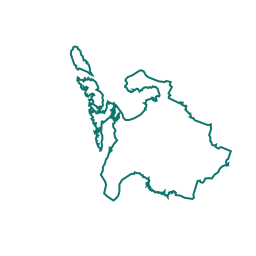 the district of Albay, Albay, Philippines, rotated 226°
{"feature_id": "2640588B82697045094820", "entity_name": "Albay", "entity_type": "district", "adm_level": 2, "iso_a3": "PHL", "parent_name": "Philippines", "parent_adm1": "Albay", "projection": "robinson", "projection_center": [123.87, 13.255], "detail": "fine", "context": "isolated", "style": "outline", "palette": "teal", "viewbox_px": 256, "rotation_deg": 226, "n_neighbors": 0, "source": "geoboundaries", "source_scale": "gbopen_adm2", "svg_char_len": 5974}
<svg xmlns="http://www.w3.org/2000/svg" viewBox="0 0 256 256"><g transform="rotate(226 128 128)"><path d="M97.5,65.4L93.7,65.5L86.0,67.1L85.7,70.3L86.1,74.0L88.4,77.8L93.4,82.7L94.8,87.7L92.7,98.5L90.7,100.6L91.4,102.1L89.0,103.2L87.4,105.0L84.5,104.9L83.8,105.8L82.3,104.8L80.8,106.0L78.6,106.3L77.8,106.8L77.7,108.0L76.6,107.0L75.5,106.9L74.7,105.6L75.3,105.2L74.9,104.3L75.5,102.9L74.7,102.3L73.9,103.6L73.2,101.5L72.7,103.3L71.2,102.0L71.1,103.0L69.7,102.8L69.8,101.4L68.6,101.9L68.2,101.0L66.8,102.4L66.3,101.6L64.4,103.1L63.0,102.6L61.6,104.7L60.8,104.5L60.4,105.5L59.9,105.2L58.4,107.1L57.7,106.3L56.7,106.8L57.1,110.3L54.8,107.8L53.6,108.0L52.9,109.0L50.8,108.6L52.4,110.1L51.9,111.8L53.1,112.7L52.2,114.5L50.1,114.0L51.5,115.2L51.3,116.7L49.7,117.4L49.3,116.6L48.2,117.4L46.6,115.8L43.1,118.6L38.4,120.3L32.2,125.1L32.0,127.0L34.5,128.5L41.5,141.1L40.2,143.3L38.7,142.5L36.8,143.7L36.8,145.8L38.0,148.4L36.1,151.0L33.5,153.1L34.3,158.1L33.5,162.2L34.6,164.6L35.1,167.9L34.2,171.3L31.9,173.9L32.5,174.0L32.1,174.3L32.6,175.0L32.6,174.2L33.1,174.8L34.1,174.1L35.5,174.9L36.5,176.9L36.0,178.3L39.9,185.9L48.9,182.0L50.1,181.0L50.2,179.1L51.2,178.4L53.6,178.0L54.8,179.7L55.4,177.9L57.6,176.7L60.3,178.3L61.6,178.1L63.7,180.5L66.6,181.5L69.3,186.7L73.1,190.1L73.6,188.6L75.2,187.2L86.6,181.7L88.5,181.4L89.7,182.0L90.4,181.1L92.9,180.3L92.8,181.3L95.0,182.8L95.4,182.1L101.4,182.0L101.5,183.2L102.5,183.6L103.0,185.0L103.9,185.1L104.5,184.0L107.5,182.9L108.2,184.7L108.9,183.7L109.5,184.1L110.2,183.5L109.9,182.3L121.2,178.1L122.4,179.4L122.0,181.1L124.7,181.2L127.1,188.1L129.8,187.8L131.5,190.6L135.3,188.1L135.5,186.3L140.4,182.4L150.9,177.7L153.6,177.5L157.8,178.6L160.0,177.8L161.2,176.3L162.9,167.8L164.6,163.6L164.7,160.8L164.1,159.2L160.8,158.6L160.2,157.4L160.3,155.1L159.2,154.3L158.3,155.0L154.4,154.0L153.0,155.3L152.1,154.8L151.2,155.6L150.8,157.4L151.4,157.9L151.0,158.7L151.6,158.6L150.4,159.6L150.3,161.4L149.2,162.3L146.2,161.6L146.1,164.2L145.4,164.6L146.2,165.7L145.7,168.1L144.3,169.7L142.5,170.5L142.5,171.9L140.7,172.8L140.8,174.7L139.5,175.1L138.7,176.3L135.8,176.6L129.7,173.6L129.1,172.4L130.8,171.2L131.0,169.7L128.0,167.7L129.1,167.0L128.3,166.9L128.2,166.4L131.1,165.4L132.1,166.4L132.5,166.3L132.4,166.2L132.5,166.1L132.1,167.0L133.2,166.5L133.2,164.5L135.3,160.6L133.7,158.0L134.5,156.9L132.0,157.4L130.3,155.4L130.4,153.8L130.0,153.3L129.9,153.9L129.2,153.5L129.8,153.2L129.2,152.0L128.8,146.5L130.5,139.6L133.0,134.3L135.5,131.8L138.5,131.8L142.2,133.7L150.8,135.0L151.4,134.2L152.1,134.6L152.1,131.4L151.7,130.9L151.5,131.6L150.4,131.2L148.2,129.4L147.4,127.2L148.5,127.4L148.7,126.8L147.2,126.3L147.3,125.4L144.1,125.1L143.3,128.3L144.2,128.7L144.7,130.1L144.8,132.7L143.9,130.0L142.2,129.5L141.5,128.1L141.6,125.8L142.6,125.2L141.7,124.6L142.4,124.2L141.1,122.0L140.9,120.9L141.3,120.5L141.8,121.2L141.3,120.1L138.9,118.1L135.3,117.5L134.4,116.6L134.1,114.7L130.2,112.1L126.7,111.6L126.2,106.1L125.2,103.3L125.5,101.9L123.2,100.7L123.2,97.8L126.2,100.9L125.7,101.7L126.6,101.2L124.4,99.0L121.1,93.1L120.5,89.8L118.6,87.1L117.4,82.9L114.7,80.1L113.2,76.0L105.3,74.3L102.3,72.7L97.5,65.4ZM174.4,119.3L173.2,122.0L171.1,121.5L170.1,120.0L169.0,119.5L164.7,120.6L164.1,119.9L161.7,120.6L160.8,119.6L160.3,120.6L161.6,121.8L163.0,121.7L162.9,122.9L161.3,123.3L161.8,125.8L164.4,127.6L164.8,129.1L167.6,130.6L169.2,132.9L173.6,133.2L177.4,131.9L177.0,134.0L178.2,135.0L183.7,136.8L187.1,136.3L187.7,135.1L188.5,135.6L188.7,134.2L188.9,134.3L188.8,135.0L189.0,134.2L190.5,134.3L190.7,133.1L191.4,133.5L191.1,132.6L192.1,131.4L193.8,131.7L193.7,130.8L192.1,130.4L192.4,128.4L194.1,128.7L196.5,126.6L198.2,127.3L199.3,127.0L197.2,124.4L196.2,125.0L194.5,123.9L191.7,124.4L190.1,122.4L187.5,122.2L186.4,122.7L188.7,124.7L187.0,124.7L186.6,126.7L185.0,127.1L184.4,125.5L185.5,124.4L184.7,124.6L182.5,121.0L181.7,121.2L180.9,120.4L180.1,120.5L180.1,121.3L179.5,120.5L178.9,120.8L179.3,121.0L178.4,122.0L178.0,125.2L177.4,126.4L176.2,126.9L175.5,126.3L176.1,125.9L175.6,126.1L176.1,124.9L175.4,124.3L175.7,123.2L174.1,121.5L175.4,119.6L174.4,119.3ZM151.4,129.3L151.6,128.1L151.7,129.3L152.1,128.0L152.7,128.1L152.1,129.9L153.3,133.6L152.9,135.1L153.9,134.9L153.6,134.0L154.3,133.6L155.8,134.9L155.9,133.9L158.5,132.6L158.6,131.4L159.9,132.2L161.1,132.0L159.6,129.0L157.1,126.5L155.5,121.8L156.3,122.0L156.2,121.2L157.6,121.5L157.4,119.8L158.8,119.2L159.2,117.0L160.6,115.4L162.3,116.2L163.4,115.2L164.8,110.8L159.9,110.3L160.0,108.2L158.2,107.8L157.6,108.8L155.4,106.3L153.7,108.3L153.0,107.0L153.2,106.0L150.9,105.9L148.6,104.6L148.4,105.4L148.1,105.0L147.5,105.4L147.4,105.2L147.2,105.3L147.1,105.2L147.3,106.0L146.1,107.4L147.4,108.2L146.4,108.9L150.9,113.6L150.2,114.4L148.9,114.1L148.4,122.5L146.2,123.6L147.7,124.4L147.4,123.7L148.6,124.1L147.9,125.3L149.6,126.1L150.1,128.2L149.7,128.7L151.2,131.2L150.6,129.1L151.4,129.3ZM207.5,132.6L204.7,132.6L204.7,134.3L202.4,135.4L196.1,137.9L193.7,138.0L192.5,138.7L191.9,138.6L190.9,139.0L195.0,140.0L197.9,142.3L201.1,143.7L203.8,143.3L204.5,144.0L204.2,144.4L206.8,144.1L207.4,143.1L211.2,145.3L213.0,145.1L215.9,147.0L218.6,147.3L219.9,146.8L221.3,147.8L223.5,146.4L224.1,144.9L222.8,142.9L223.1,141.0L220.8,138.1L210.7,133.4L208.7,134.0L207.5,132.6ZM131.1,92.3L130.7,93.1L133.3,97.2L136.2,99.0L137.8,101.9L140.4,104.3L143.1,105.2L144.9,107.1L146.4,105.6L146.0,105.0L146.7,104.2L146.0,103.8L146.8,103.4L146.7,102.6L148.1,102.6L147.6,101.8L148.7,101.3L146.9,100.4L145.9,101.8L145.0,101.0L143.6,101.5L143.9,100.2L142.8,100.0L143.4,98.7L141.8,96.8L140.6,96.9L139.7,95.4L138.3,95.1L136.9,95.9L136.5,95.2L136.9,94.4L134.4,93.5L132.8,94.1L131.1,92.3ZM166.4,111.6L164.9,113.3L165.6,113.3L164.4,114.4L164.1,115.8L168.6,116.0L167.5,114.0L167.9,112.8L166.4,111.6ZM171.1,115.5L170.5,116.4L170.3,118.9L172.8,117.8L171.1,115.5ZM144.0,123.4L144.0,124.9L144.0,124.3L144.3,125.0L145.6,124.2L144.0,123.4ZM160.9,118.2L160.3,118.1L160.5,119.3L160.9,118.2Z" fill="none" stroke="#0f766e" stroke-width="2"/></g></svg>